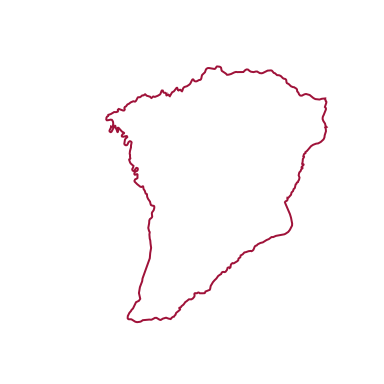 outline of El Piedrero, Cañar, Ecuador, rotated 20°
{"feature_id": "8360857B56552951365472", "entity_name": "El Piedrero", "entity_type": "district", "adm_level": 2, "iso_a3": "ECU", "parent_name": "Ecuador", "parent_adm1": "Cañar", "projection": "equal_earth", "projection_center": [-79.265, -2.388], "detail": "fine", "context": "isolated", "style": "outline", "palette": "rose", "viewbox_px": 384, "rotation_deg": 20, "n_neighbors": 0, "source": "geoboundaries", "source_scale": "gbopen_adm2", "svg_char_len": 6006}
<svg xmlns="http://www.w3.org/2000/svg" viewBox="0 0 384 384"><g transform="rotate(20 192 192)"><path d="M285.2,58.5L282.1,60.0L280.2,61.5L276.1,62.5L274.0,62.2L269.4,60.6L265.7,60.9L264.9,61.3L263.7,62.3L262.5,63.7L261.5,64.2L260.5,64.3L259.2,63.6L257.9,62.2L256.5,61.5L255.6,59.8L254.8,59.2L252.0,58.6L251.0,58.9L248.9,58.8L246.0,57.5L243.9,57.2L243.3,56.6L242.2,54.5L241.4,54.0L240.5,53.9L239.7,54.1L238.6,54.0L235.9,52.7L234.4,52.5L233.2,52.7L232.0,53.1L229.2,52.0L228.1,52.1L225.7,50.7L224.6,50.7L221.5,52.1L217.9,55.9L216.9,56.6L215.0,57.1L212.0,56.5L210.9,56.9L208.8,58.3L206.3,58.8L204.9,58.6L202.7,57.8L201.5,58.1L200.5,59.0L199.2,61.7L193.7,63.8L192.3,64.1L190.9,65.1L188.3,67.8L186.3,69.2L184.8,69.9L183.2,69.1L178.7,68.0L178.2,67.6L176.8,65.3L176.3,65.0L175.2,64.8L172.7,65.4L172.4,65.6L172.2,66.1L171.7,68.1L171.0,68.7L165.5,69.7L164.4,70.2L163.5,71.2L163.2,72.2L163.2,75.1L161.5,78.5L161.5,79.5L161.9,82.1L161.8,83.2L161.5,83.7L160.3,84.4L158.6,86.3L157.9,86.7L157.1,86.9L156.3,86.9L154.9,85.9L154.4,85.8L154.0,86.1L153.8,86.6L153.3,90.8L152.7,92.1L151.1,94.3L149.1,95.8L148.5,96.6L148.2,97.8L148.3,100.1L148.1,100.8L147.7,100.8L146.3,99.9L145.5,100.2L144.6,101.2L144.0,101.1L142.7,99.4L142.4,99.2L141.9,99.4L140.6,103.5L139.2,105.2L138.4,109.6L138.1,109.6L137.0,108.7L136.4,108.6L135.2,109.9L134.9,109.9L134.6,109.5L134.3,108.1L133.4,108.3L132.8,107.9L131.6,108.3L130.9,108.0L129.9,106.7L129.1,106.8L128.8,107.4L128.8,110.4L128.5,111.4L126.9,113.3L124.6,115.3L122.9,115.5L121.8,117.5L121.1,117.4L120.0,116.8L116.4,117.0L114.7,116.2L114.3,116.4L113.5,117.7L112.2,118.3L111.3,119.9L110.6,120.8L109.6,121.1L108.7,121.7L108.2,125.5L107.5,126.6L105.8,126.8L103.7,128.8L102.6,130.6L101.4,131.8L100.7,134.1L99.8,135.1L99.7,135.8L99.8,136.4L100.5,137.2L100.6,137.8L100.2,138.7L99.3,139.0L94.8,139.0L94.2,140.0L94.3,140.5L94.8,141.2L94.7,141.9L93.4,142.9L91.5,143.5L89.0,146.6L87.0,148.1L87.2,148.5L87.2,149.3L86.4,150.2L86.2,151.4L86.6,153.1L87.3,153.7L88.3,153.4L90.9,151.8L92.0,151.6L92.8,152.1L93.8,153.1L94.6,154.7L95.1,157.0L94.9,157.9L94.5,158.2L93.5,158.1L93.8,159.6L93.5,161.6L93.5,162.6L93.9,163.3L95.0,163.6L95.4,163.4L95.8,162.7L96.4,157.9L97.0,156.1L97.4,156.2L98.4,157.9L99.9,159.3L101.2,161.0L101.6,161.1L101.8,160.8L101.6,159.5L100.1,157.8L100.3,157.1L101.0,156.8L105.6,159.2L107.7,159.6L108.0,159.8L108.0,160.2L107.1,161.2L106.7,162.8L106.9,163.5L107.3,163.8L108.5,163.6L111.1,161.9L111.7,161.8L112.2,162.2L112.4,162.6L111.4,164.4L111.1,165.8L111.9,169.8L112.5,170.5L113.9,170.7L114.5,170.4L114.9,170.0L115.1,169.4L115.3,167.0L115.7,166.2L116.1,165.6L116.8,165.4L117.8,165.6L118.3,166.1L118.8,169.3L119.4,170.9L119.7,174.7L120.2,176.7L120.4,177.5L121.0,178.1L121.8,180.3L122.6,181.6L122.4,182.3L121.9,182.7L121.9,183.2L123.7,185.4L124.7,186.2L128.1,187.5L128.3,189.0L128.0,191.0L128.8,192.1L129.7,192.3L130.1,192.1L130.6,191.4L131.1,189.2L131.5,188.4L131.8,188.2L132.8,188.3L133.3,189.0L133.4,190.3L133.1,191.0L131.7,192.4L131.4,193.5L131.5,194.4L131.9,195.1L132.5,195.3L134.3,194.0L134.8,194.2L135.9,197.3L135.9,197.8L134.2,199.7L134.1,201.2L134.6,201.9L137.8,203.4L141.6,204.7L142.7,204.6L143.8,203.5L144.2,203.5L145.5,205.8L147.1,206.9L149.0,209.3L150.4,209.5L151.5,211.8L152.1,212.5L153.1,213.5L155.8,215.4L157.2,217.5L157.8,218.2L159.2,218.4L160.8,218.1L161.3,218.3L161.8,219.1L162.1,220.5L162.2,222.3L161.5,224.7L161.5,225.3L161.6,225.9L163.0,228.7L163.0,229.5L162.6,230.5L161.7,231.9L161.6,233.3L162.4,236.0L163.2,240.7L164.8,243.1L166.0,244.2L166.5,246.5L168.2,250.2L169.4,251.9L170.7,254.7L172.7,258.5L173.6,263.6L175.0,268.7L175.1,290.2L175.7,292.9L175.6,299.2L176.7,305.1L179.9,310.1L179.3,312.4L177.1,314.7L176.4,321.6L175.5,323.6L175.4,324.6L174.5,327.0L174.1,330.5L174.7,332.6L175.3,333.1L176.1,333.2L178.0,332.5L178.8,332.4L183.1,333.3L184.9,333.1L187.6,331.7L188.4,331.0L189.6,329.3L195.5,326.5L197.3,326.0L198.1,325.4L200.3,322.9L201.7,322.4L205.2,323.1L206.4,322.9L208.0,320.9L210.6,319.0L213.2,319.0L215.4,318.7L216.0,317.0L216.4,316.5L216.9,315.8L217.8,315.2L217.9,314.1L218.5,313.0L218.4,311.4L218.6,310.8L220.8,307.1L220.9,306.3L220.0,305.7L219.7,305.4L219.8,305.0L220.6,304.5L221.0,303.9L221.2,302.8L221.9,301.8L222.6,300.5L223.4,297.6L224.1,296.8L225.8,293.9L228.1,293.1L229.2,291.8L230.0,289.5L229.7,288.0L229.1,287.1L229.2,286.3L229.8,285.9L231.2,285.5L232.2,284.3L233.0,284.2L234.0,284.5L238.2,282.9L238.7,282.2L238.7,280.9L242.1,277.9L242.2,276.9L241.7,273.9L242.5,269.6L243.4,267.2L244.5,265.0L245.3,262.0L246.6,260.1L247.4,259.2L247.5,257.6L247.9,256.9L248.6,256.4L250.1,256.1L250.8,255.5L251.5,253.2L251.4,251.0L252.5,250.1L253.0,250.1L253.4,250.5L253.9,249.8L253.4,247.0L253.6,246.3L254.3,245.0L255.5,244.8L256.0,244.3L258.4,241.3L258.8,240.1L258.5,239.1L258.6,238.4L259.7,236.9L259.4,235.0L260.9,233.3L261.9,230.9L263.2,230.1L265.4,228.3L267.3,227.3L268.1,227.3L268.9,226.5L269.5,225.2L269.6,222.0L270.0,220.9L271.0,220.2L271.6,218.8L272.1,218.2L273.7,216.5L275.8,215.1L278.5,211.6L280.3,210.0L282.1,207.2L283.7,206.6L285.9,204.5L293.2,200.2L294.1,199.3L296.1,196.6L296.9,194.1L297.5,189.3L296.9,187.4L293.9,182.4L291.6,179.3L283.6,170.8L282.8,169.8L283.1,168.8L284.1,167.8L284.4,166.9L284.4,166.4L283.7,165.3L283.6,164.7L284.5,164.5L286.0,160.7L285.7,158.4L286.6,156.6L286.5,154.5L287.1,153.5L287.2,152.8L286.8,149.4L287.3,148.6L287.3,147.3L288.2,146.4L288.1,145.1L288.4,143.9L288.1,141.7L286.5,139.8L286.2,137.6L286.2,136.8L286.9,135.3L286.9,133.3L287.7,132.0L287.6,131.6L286.6,131.4L286.5,130.8L287.5,128.6L287.5,128.1L287.2,127.8L286.0,128.0L285.8,127.7L285.7,126.1L284.9,123.1L285.3,120.7L285.1,120.4L284.4,120.3L284.3,118.3L284.4,117.9L285.3,116.7L284.9,115.9L286.0,114.1L288.2,108.2L289.7,106.2L292.0,104.2L294.0,103.1L295.9,100.9L297.6,97.6L297.8,95.6L297.3,93.3L297.1,89.1L296.0,86.7L295.1,85.8L296.2,84.9L294.9,84.2L293.6,82.2L291.2,80.4L289.8,78.8L289.4,77.6L289.2,76.3L289.4,74.7L289.6,68.6L289.2,67.5L287.8,66.7L287.7,62.1L287.3,61.2L286.8,61.1L286.3,60.1L285.5,59.7L285.2,58.5Z" fill="none" stroke="#9f1239" stroke-width="2"/></g></svg>